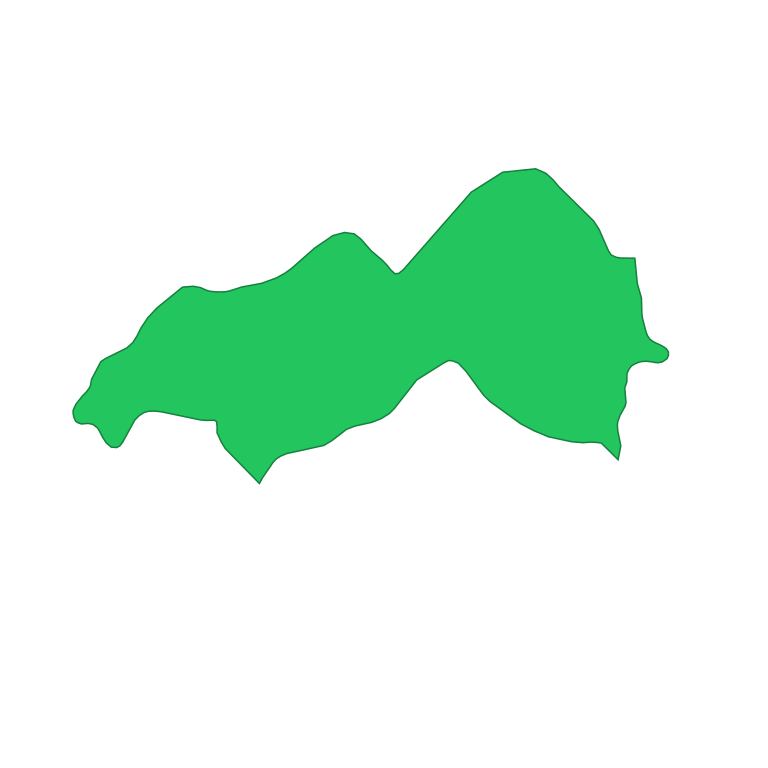 map outline of Dowa (Albers equal-area conic projection), rotated 147°
{"feature_id": "MWI-1908", "entity_name": "Dowa", "entity_type": "District", "adm_level": 1, "iso_a3": "MWI", "parent_name": "Malawi", "parent_adm1": "", "projection": "albers", "projection_center": [33.856, -13.529], "detail": "medium", "context": "isolated", "style": "filled", "palette": "green", "viewbox_px": 768, "rotation_deg": 147, "n_neighbors": 0, "source": "natural_earth", "source_scale": "10m", "svg_char_len": 1971}
<svg xmlns="http://www.w3.org/2000/svg" viewBox="0 0 768 768"><g transform="rotate(147 384 384)"><path d="M542.7,368.4L552.3,416.3L552.1,423.8L550.6,434.0L547.3,439.0L545.0,443.5L545.7,445.8L553.4,450.6L557.5,453.8L585.8,481.9L591.1,486.2L596.3,489.4L601.1,490.8L606.5,490.8L612.6,489.5L634.9,477.5L639.2,476.0L642.8,476.3L647.1,479.5L649.0,485.9L649.0,493.0L648.3,499.2L648.2,503.2L650.1,508.6L653.6,512.1L659.6,515.3L662.0,518.5L662.9,520.9L662.2,525.1L660.9,528.3L659.3,531.0L656.0,533.3L653.0,535.0L643.9,538.1L637.8,539.5L633.7,541.0L631.2,542.4L626.7,547.2L609.3,557.0L602.9,557.0L580.1,554.3L572.0,555.6L564.8,558.9L557.2,563.4L545.8,568.3L532.7,571.5L500.2,575.0L490.8,569.9L485.4,564.8L482.1,559.7L480.1,557.2L475.0,552.9L467.3,548.0L463.2,546.3L450.5,542.8L432.0,535.2L416.7,531.6L406.9,530.9L398.4,531.3L368.2,535.8L346.0,536.3L334.6,532.6L327.2,526.2L324.4,518.0L322.2,502.6L318.0,488.6L316.8,482.3L316.2,476.0L314.7,470.4L311.4,468.8L305.6,469.3L206.2,497.4L169.1,497.0L139.6,481.9L133.5,472.6L131.0,463.3L129.9,454.3L119.4,406.5L119.4,396.5L123.2,373.5L123.2,368.5L120.4,364.0L117.2,361.0L105.1,352.9L116.8,330.4L121.3,315.8L129.1,303.1L131.2,298.9L136.1,284.3L136.7,280.6L136.6,277.0L135.5,273.8L134.0,270.9L130.6,265.5L129.1,262.6L128.0,259.6L128.0,256.0L129.8,253.1L132.8,251.1L138.5,250.9L142.1,252.3L145.0,254.4L147.2,256.6L151.8,260.4L155.9,262.6L159.0,263.6L162.6,264.2L166.6,264.4L170.4,263.0L174.5,260.5L179.1,253.6L184.2,249.6L191.1,236.7L193.9,234.0L203.0,229.2L208.5,225.1L211.1,221.8L213.5,217.2L219.1,203.1L228.9,193.0L233.9,216.0L237.0,218.8L241.8,222.4L249.1,226.4L258.0,233.3L274.7,250.0L283.6,263.0L291.0,276.2L304.8,312.0L306.6,320.8L308.3,349.9L310.3,361.0L313.8,366.0L317.1,368.5L321.6,369.1L354.3,369.6L388.6,357.8L395.7,356.3L405.5,356.5L415.4,358.6L431.2,364.5L440.2,366.4L458.0,364.9L467.8,365.2L503.7,378.7L510.0,379.8L515.2,379.8L519.5,378.8L537.0,371.5L542.7,368.4Z" fill="#22c55e" stroke="#15803d" stroke-width="1.5"/></g></svg>